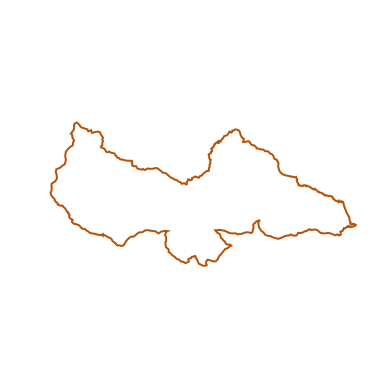 Catamayo, Loja, Ecuador, rotated 143°
{"feature_id": "8360857B67514259930674", "entity_name": "Catamayo", "entity_type": "district", "adm_level": 2, "iso_a3": "ECU", "parent_name": "Ecuador", "parent_adm1": "Loja", "projection": "albers", "projection_center": [-79.405, -3.991], "detail": "fine", "context": "isolated", "style": "outline", "palette": "amber", "viewbox_px": 384, "rotation_deg": 143, "n_neighbors": 0, "source": "geoboundaries", "source_scale": "gbopen_adm2", "svg_char_len": 6008}
<svg xmlns="http://www.w3.org/2000/svg" viewBox="0 0 384 384"><g transform="rotate(143 192 192)"><path d="M100.8,68.8L99.0,68.3L98.5,68.6L97.4,71.0L95.1,70.3L92.5,71.7L91.8,70.8L89.2,70.9L88.8,70.4L88.3,71.1L88.0,71.1L87.8,70.1L86.7,69.9L86.9,68.9L85.4,68.1L83.5,67.1L82.4,67.8L82.0,67.6L81.7,66.9L81.0,67.2L81.8,68.9L82.7,69.4L82.7,69.8L84.2,70.1L84.7,71.3L84.2,72.2L83.6,72.3L83.6,73.8L81.7,77.1L81.1,81.5L80.4,84.4L78.9,89.4L77.3,93.2L77.9,93.6L78.0,94.1L78.9,94.0L79.2,94.8L79.0,95.1L79.7,95.4L79.8,96.3L80.6,95.5L81.3,95.6L81.2,96.3L81.7,97.7L82.9,99.1L82.8,100.3L83.3,101.6L82.8,102.8L83.0,104.4L83.5,104.5L83.9,105.5L84.5,106.2L85.3,106.4L85.7,107.4L86.2,107.5L86.4,108.1L87.5,109.2L88.0,109.3L87.7,110.1L88.2,110.3L88.7,111.6L88.5,112.3L89.6,114.0L90.3,114.6L90.4,115.6L91.3,116.2L91.1,117.7L91.7,119.0L91.8,120.4L92.6,120.2L93.3,120.8L93.2,121.5L93.8,121.8L94.4,123.2L94.5,124.7L95.9,126.9L96.6,127.3L96.5,128.0L97.6,128.2L97.6,129.3L98.3,129.9L99.3,130.3L99.7,130.1L100.0,130.5L100.6,130.4L101.7,132.4L102.8,133.0L102.1,134.2L102.4,134.7L102.0,135.3L101.9,137.2L101.4,138.1L101.0,138.2L100.8,138.8L100.3,138.9L100.4,140.1L99.8,141.4L100.8,141.7L103.3,144.6L103.9,144.7L104.1,145.4L107.6,149.4L107.9,150.3L109.1,151.6L109.1,153.1L109.6,154.3L109.2,157.6L108.4,158.8L107.9,160.6L106.1,162.2L105.2,164.4L105.1,167.1L106.0,168.6L106.1,169.7L105.4,171.5L105.3,173.7L106.6,176.2L106.6,178.0L107.3,179.2L109.0,180.5L109.5,182.9L111.7,184.8L112.4,186.2L114.1,187.9L113.9,189.9L114.2,191.6L116.1,193.8L115.9,198.1L116.9,199.0L120.0,200.3L121.1,201.1L118.5,203.4L119.2,204.6L119.1,207.8L117.9,210.5L117.5,212.8L118.7,215.0L120.0,216.1L121.8,216.0L122.7,216.8L123.3,216.0L124.7,215.7L125.7,217.7L128.1,216.7L130.1,216.3L132.7,217.3L134.9,216.1L136.2,216.4L138.4,215.1L138.9,215.2L139.4,216.4L140.1,216.9L140.9,216.6L140.7,215.2L141.4,215.0L142.7,216.9L143.9,216.5L145.5,216.7L146.0,215.7L147.7,215.4L148.4,214.7L150.0,215.1L150.6,214.9L150.9,213.3L151.4,212.4L152.9,212.5L153.8,211.5L155.2,212.1L156.1,212.0L157.1,209.6L158.1,208.3L157.6,206.4L159.3,205.4L160.0,203.8L161.7,203.1L162.5,201.7L164.3,200.7L165.8,198.9L166.4,199.0L167.5,199.8L168.3,199.9L171.9,199.9L174.0,199.3L175.8,199.9L178.1,199.3L179.7,201.9L180.8,202.7L183.0,202.8L183.7,203.1L184.7,201.9L186.6,202.7L186.9,204.0L187.6,204.4L189.0,203.3L190.4,203.0L191.4,201.3L191.9,201.4L192.9,203.6L195.4,204.9L195.1,206.2L196.5,208.6L197.0,210.8L198.6,212.4L198.8,214.0L199.6,215.0L200.6,217.7L201.5,222.4L202.1,223.6L203.5,224.6L205.2,231.7L206.0,232.1L206.8,233.4L208.8,233.8L212.3,236.3L213.2,237.5L216.5,237.9L217.3,240.0L218.5,240.0L220.5,242.2L221.5,243.8L221.1,246.5L223.0,247.5L223.9,249.2L223.7,249.7L222.7,250.2L222.5,251.7L221.2,252.4L221.2,253.0L225.4,256.4L228.0,259.7L229.7,261.2L230.0,263.5L231.1,264.6L230.7,266.4L231.1,267.4L230.7,269.1L230.9,269.7L233.1,272.2L233.7,274.0L235.3,274.4L236.0,275.1L236.2,276.5L235.9,279.4L237.2,281.2L237.6,283.0L237.4,283.2L235.8,283.2L235.3,283.5L234.1,285.2L232.4,286.2L232.1,288.0L231.5,288.5L230.4,288.8L230.1,293.1L229.6,295.3L230.0,296.0L231.7,297.5L236.3,299.4L235.4,302.1L238.3,302.9L238.0,305.2L241.6,310.4L241.8,311.8L241.4,313.4L242.3,317.0L245.0,317.1L246.1,316.2L247.5,314.1L248.7,313.1L250.3,312.4L251.9,312.1L252.8,311.4L253.3,311.5L253.1,310.9L253.6,310.3L253.4,309.5L254.0,308.3L254.6,308.0L255.3,304.0L257.3,303.1L258.5,301.6L259.6,301.0L262.2,301.3L265.3,300.9L268.8,299.9L271.8,296.8L273.4,293.5L276.7,290.9L277.3,290.7L279.6,291.1L282.1,290.7L286.7,291.8L288.7,290.0L289.8,287.1L291.7,284.1L294.7,282.8L298.8,283.2L299.6,282.6L302.1,279.0L304.2,277.0L305.3,276.6L306.3,274.7L306.4,271.6L306.0,268.8L306.7,268.0L306.7,266.4L306.1,264.1L306.2,263.2L306.6,263.0L306.3,262.6L306.6,262.2L305.0,259.9L303.6,259.1L303.7,257.5L303.2,255.4L303.3,253.2L303.8,251.9L303.2,251.1L303.4,249.9L303.7,249.5L303.3,249.2L303.7,248.7L303.6,247.2L304.4,246.9L305.1,246.0L305.1,243.3L304.0,241.7L305.6,240.7L305.9,240.2L305.4,237.6L303.4,235.4L302.3,233.6L301.9,229.7L300.8,227.6L299.9,227.1L299.4,224.5L298.5,222.6L298.5,221.8L297.5,219.9L294.1,216.4L294.1,215.9L291.3,212.8L290.4,212.1L289.6,212.1L289.5,211.2L288.9,212.1L288.5,212.1L288.8,211.1L287.8,210.2L285.8,205.5L285.0,204.6L284.7,202.8L285.0,200.4L283.8,196.7L284.1,195.0L283.0,193.6L281.9,193.0L280.8,191.3L278.7,190.5L274.1,192.5L269.7,193.2L267.6,192.9L265.4,191.5L259.0,191.7L255.8,189.8L252.4,189.5L250.3,188.2L248.7,186.3L245.0,182.8L243.6,179.0L240.0,178.8L236.7,177.0L235.0,175.4L236.7,175.7L238.9,174.3L239.5,173.5L239.8,171.6L241.4,169.3L242.2,168.4L243.9,167.5L246.0,163.5L245.3,160.4L245.7,159.4L246.8,158.1L245.9,155.9L245.9,153.6L244.9,150.8L244.6,148.1L244.1,147.1L243.2,146.3L242.6,142.9L241.1,141.7L240.2,139.5L239.6,139.0L237.3,138.3L236.2,138.6L235.6,140.4L234.6,140.6L233.8,140.4L233.0,139.7L232.5,139.7L231.2,140.4L229.9,139.4L228.4,139.4L227.9,138.5L228.7,136.9L228.6,135.2L229.7,130.7L227.3,126.1L224.4,124.6L223.6,126.6L222.4,128.1L220.1,128.5L216.1,123.0L214.5,122.4L211.9,122.8L208.4,124.7L207.0,124.6L200.0,126.5L197.9,125.8L194.3,125.8L193.0,125.4L193.1,126.7L195.6,129.1L196.2,130.7L195.5,132.0L196.1,134.7L196.0,135.9L196.4,138.1L195.0,141.6L196.2,144.0L196.5,146.3L196.3,147.3L195.5,146.3L194.2,146.1L192.3,144.7L189.3,141.4L186.7,136.6L185.1,135.0L181.9,132.6L180.8,130.4L179.2,129.9L177.7,128.6L176.4,128.5L173.1,127.3L171.4,126.0L169.4,123.6L167.7,123.6L166.6,124.9L165.1,125.7L164.0,126.9L163.1,128.8L162.6,129.1L158.8,129.7L155.7,129.1L155.4,128.6L157.0,127.9L157.9,126.9L159.7,123.6L160.1,119.6L159.3,116.6L159.2,113.5L158.4,112.2L155.5,109.1L155.2,107.9L154.4,106.7L151.5,102.9L149.5,102.0L145.3,101.0L144.4,101.0L141.0,99.3L140.7,98.9L138.6,98.6L137.7,96.6L135.0,94.5L133.4,94.7L131.9,95.5L130.1,94.0L128.2,93.1L125.2,92.7L124.1,91.8L121.7,91.9L121.4,91.6L120.3,91.4L119.8,89.9L118.7,89.6L117.6,88.6L116.1,87.9L115.2,86.8L114.4,84.2L114.4,83.2L113.6,81.5L112.9,81.3L112.7,80.6L111.6,79.5L107.4,77.0L105.0,73.6L103.8,71.3L101.2,70.5L100.8,68.8Z" fill="none" stroke="#b45309" stroke-width="2"/></g></svg>